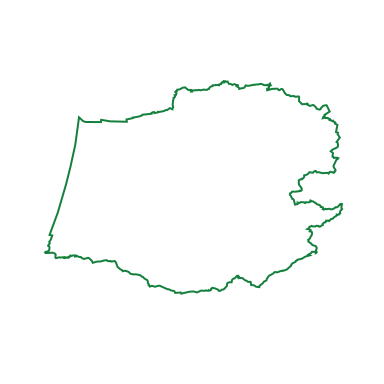 the district of Purworejo, Jawa Tengah, Indonesia, rotated 81°
{"feature_id": "22746128B47019757463267", "entity_name": "Purworejo", "entity_type": "district", "adm_level": 2, "iso_a3": "IDN", "parent_name": "Indonesia", "parent_adm1": "Jawa Tengah", "projection": "equal_earth", "projection_center": [109.987, -7.708], "detail": "fine", "context": "isolated", "style": "outline", "palette": "green", "viewbox_px": 384, "rotation_deg": 81, "n_neighbors": 0, "source": "geoboundaries", "source_scale": "gbopen_adm2", "svg_char_len": 5853}
<svg xmlns="http://www.w3.org/2000/svg" viewBox="0 0 384 384"><g transform="rotate(81 192 192)"><path d="M100.6,291.9L127.1,299.9L148.3,308.2L164.5,315.1L191.6,327.9L212.1,339.4L213.1,336.8L217.2,339.1L218.9,340.8L220.5,340.5L222.2,342.4L222.8,342.4L222.8,341.8L224.7,341.4L227.1,342.2L228.1,343.2L228.1,345.2L228.6,346.5L229.4,346.2L230.1,339.4L231.3,337.1L232.5,336.4L234.6,337.1L235.8,337.0L236.1,336.6L235.7,333.4L236.1,332.7L236.4,328.2L237.2,328.6L237.4,327.9L237.0,325.5L237.4,325.3L237.6,324.3L237.4,323.7L236.8,323.9L236.2,322.7L236.5,322.4L236.3,321.5L236.0,321.5L236.3,320.9L236.0,319.2L236.5,317.7L237.4,317.7L237.5,316.6L236.7,316.3L238.4,313.9L238.9,311.9L240.0,311.2L241.2,309.3L240.8,304.9L241.4,303.9L244.3,301.7L246.4,301.1L245.9,297.1L246.3,292.8L245.9,289.6L246.0,286.9L246.8,286.3L247.3,285.3L247.3,283.3L248.1,282.8L248.1,279.1L249.9,278.1L254.2,277.3L257.2,274.9L258.3,273.2L259.4,272.8L259.2,270.9L260.1,268.7L261.0,267.1L263.1,265.6L264.3,262.5L264.4,260.9L265.1,258.6L266.3,255.9L267.7,254.8L268.3,253.6L269.9,252.7L272.0,250.0L273.5,249.6L274.9,249.9L276.6,249.1L277.4,249.4L277.8,248.7L278.8,248.4L278.4,246.3L279.8,243.2L279.4,240.4L279.5,238.6L284.2,231.4L284.6,229.8L286.1,227.9L286.8,225.5L287.6,224.7L289.0,224.4L289.5,218.8L290.7,218.6L290.1,210.2L290.4,206.3L292.0,202.6L290.8,198.6L291.5,195.3L291.4,193.4L291.9,192.6L291.9,191.3L291.6,190.9L292.2,190.6L292.2,189.9L291.4,188.2L290.5,188.2L289.8,186.9L291.0,183.9L292.7,181.4L293.7,181.1L294.1,180.1L293.1,177.3L293.2,176.2L292.6,175.1L290.3,172.3L287.8,171.5L287.3,170.9L287.0,169.2L287.4,167.0L285.2,166.3L284.1,164.8L283.9,163.2L281.9,160.8L282.0,159.5L282.7,159.0L283.6,159.7L284.0,158.9L284.4,159.1L284.5,156.9L285.0,155.6L287.8,153.1L288.1,152.0L289.5,150.8L289.9,148.2L293.2,148.1L293.7,145.6L295.6,143.5L296.5,140.4L295.1,139.9L293.4,136.6L291.6,134.7L291.2,132.8L290.5,132.0L289.7,131.8L286.7,129.0L285.4,124.9L284.0,122.9L284.7,120.2L284.0,117.1L284.0,115.4L283.7,115.0L284.1,114.2L283.4,110.5L280.3,105.6L279.2,105.3L278.1,103.8L277.2,100.8L276.3,100.2L276.1,99.1L275.4,98.6L275.1,94.0L273.5,90.1L273.0,85.5L272.0,86.8L271.0,84.1L269.8,82.8L270.4,80.0L271.1,79.2L271.7,79.3L271.3,78.4L270.3,78.3L269.4,78.9L266.9,77.5L264.8,78.2L263.2,81.4L261.4,82.5L259.3,84.8L257.6,84.3L257.4,84.6L256.2,82.6L255.1,82.2L253.6,80.7L251.5,79.8L250.0,80.0L249.3,81.8L248.1,80.8L247.3,81.8L246.6,83.7L246.1,82.4L244.6,81.2L244.6,79.8L244.2,79.3L244.8,78.4L245.3,75.7L244.9,74.9L244.9,73.8L245.4,73.0L245.3,72.3L246.2,71.7L246.1,70.3L245.5,69.6L245.0,67.9L243.9,67.9L242.7,66.0L242.8,64.8L241.3,64.0L241.6,63.2L241.5,62.0L242.2,61.2L240.4,58.7L240.4,57.2L238.9,55.2L238.4,53.6L237.8,52.8L237.0,52.6L237.5,51.7L237.1,51.2L237.1,49.9L236.5,49.7L236.1,49.0L235.7,49.2L234.0,48.5L232.3,46.4L231.1,47.0L229.2,46.4L228.8,46.6L227.5,45.7L227.1,46.1L227.2,47.6L229.5,50.4L229.8,51.3L229.5,52.6L230.5,54.2L231.0,56.5L230.8,57.7L230.0,59.2L230.0,62.0L229.5,62.6L230.0,64.6L229.4,65.5L228.8,64.9L227.5,65.3L226.9,67.2L225.8,67.2L224.7,68.2L223.7,70.5L221.9,71.8L221.7,72.5L220.4,73.6L219.7,75.5L218.9,76.1L218.9,76.5L220.1,76.6L220.3,77.1L220.4,78.9L219.9,81.3L220.5,81.8L220.5,82.3L219.7,83.0L219.0,86.0L219.6,87.6L218.9,89.4L220.4,89.6L220.6,92.2L215.8,92.7L215.0,93.0L214.4,94.1L211.8,94.8L209.9,95.8L208.6,95.2L208.4,94.1L207.3,93.2L208.0,89.0L207.8,88.3L208.0,86.0L207.5,85.1L208.0,84.5L207.4,83.4L205.6,83.1L201.4,85.2L197.2,84.8L196.5,83.1L196.7,81.9L196.1,81.6L196.3,80.8L194.8,78.8L193.2,78.7L192.9,76.2L192.3,74.6L190.8,72.9L191.9,69.7L190.7,67.9L190.5,66.5L192.1,65.8L192.3,63.5L193.8,60.4L194.3,55.0L195.2,54.2L194.0,53.2L193.6,52.3L195.2,48.9L194.9,48.3L194.1,48.3L193.8,47.2L192.6,46.8L189.8,48.1L188.4,48.2L182.9,44.4L181.9,42.5L181.5,42.2L180.8,43.4L180.5,46.6L179.5,46.8L179.1,47.7L175.8,46.7L175.1,47.0L173.5,48.6L172.2,46.8L170.7,41.8L170.1,40.9L168.1,40.4L166.0,40.5L165.2,41.4L161.4,37.5L157.6,39.1L156.3,38.6L155.4,40.4L148.5,37.9L146.9,40.0L146.2,39.5L145.6,39.7L144.6,41.2L143.7,41.5L144.0,42.3L143.1,43.0L142.6,44.6L142.1,44.2L141.3,44.4L141.0,45.8L140.4,46.0L139.9,46.9L139.9,48.6L139.4,49.2L139.6,51.2L138.4,50.6L137.6,48.9L136.6,49.1L134.1,43.4L127.5,45.4L127.2,46.4L127.5,49.1L129.4,51.6L130.4,52.2L130.6,53.0L129.3,55.9L127.9,56.2L125.3,58.2L125.0,59.0L125.4,62.1L124.0,64.2L123.2,63.9L122.6,64.6L123.0,65.2L122.5,69.6L118.9,72.1L115.0,71.3L114.3,71.7L114.1,75.1L113.2,76.2L112.7,80.0L111.6,80.8L111.0,83.2L109.2,84.7L105.1,86.2L104.4,86.9L104.2,87.6L105.1,89.7L105.0,90.3L103.3,91.5L102.7,96.7L103.3,101.8L101.7,101.6L101.5,100.6L101.8,100.1L101.5,99.8L99.6,99.3L99.3,99.6L99.1,98.1L98.5,98.8L98.3,98.6L98.6,97.7L97.1,98.0L98.2,99.5L97.9,100.8L98.2,101.5L97.7,104.2L96.3,106.1L95.9,107.5L96.1,109.5L95.8,112.8L96.0,113.5L95.7,114.4L96.0,118.5L95.7,121.0L95.1,122.3L96.9,123.7L97.4,125.3L97.3,127.9L97.6,129.2L96.3,129.4L94.5,131.3L93.9,130.0L93.5,130.1L93.3,131.5L92.4,132.6L92.1,133.9L92.6,135.4L91.6,136.5L90.9,138.7L88.5,139.5L88.6,140.6L87.7,141.9L88.3,142.8L87.5,143.4L87.8,143.8L88.8,143.4L88.5,145.4L88.8,145.9L89.9,146.2L90.0,148.3L90.8,148.5L89.9,151.9L90.2,152.7L89.9,154.9L90.7,155.3L90.6,156.0L91.2,157.7L91.9,158.6L92.8,158.9L93.0,160.4L93.5,161.3L92.7,164.4L92.9,167.6L92.2,169.3L92.4,170.9L91.9,172.1L92.1,173.5L91.7,175.9L92.8,176.1L92.6,177.5L91.0,177.2L90.6,179.8L87.6,182.5L87.5,184.6L88.7,188.1L88.7,190.7L89.9,191.1L90.0,192.4L90.5,192.9L91.8,191.9L93.5,192.5L93.6,194.0L95.3,193.8L96.2,195.6L97.0,195.4L98.1,196.2L103.0,197.5L105.6,197.4L106.4,198.2L107.2,198.4L105.7,200.7L107.2,203.8L107.0,205.1L107.7,207.2L107.8,211.6L107.5,212.9L108.0,213.0L108.2,216.8L107.1,217.0L107.1,218.0L107.5,219.5L108.4,219.6L107.9,229.0L108.5,229.4L109.1,232.0L109.3,238.6L109.6,238.5L109.8,239.1L110.1,245.3L112.4,245.4L109.4,261.9L106.5,270.4L108.7,270.9L106.2,286.2L104.9,288.5L100.6,291.9Z" fill="none" stroke="#15803d" stroke-width="2"/></g></svg>